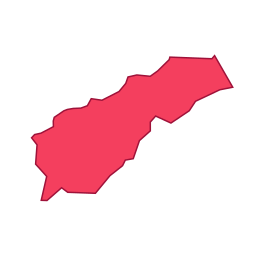 the district of Richmond, Virginia, United States of America, rotated 105°
{"feature_id": "52423323B34545641874308", "entity_name": "Richmond", "entity_type": "district", "adm_level": 2, "iso_a3": "USA", "parent_name": "United States of America", "parent_adm1": "Virginia", "projection": "orthographic", "projection_center": [-76.731, 37.958], "detail": "fine", "context": "isolated", "style": "filled", "palette": "rose", "viewbox_px": 256, "rotation_deg": 105, "n_neighbors": 0, "source": "geoboundaries", "source_scale": "gbopen_adm2", "svg_char_len": 688}
<svg xmlns="http://www.w3.org/2000/svg" viewBox="0 0 256 256"><g transform="rotate(105 128 128)"><path d="M35.7,63.1L39.4,64.9L48.7,105.9L51.3,105.9L65.2,114.1L72.3,119.9L74.5,133.2L78.7,141.2L85.5,141.7L95.1,146.1L107.9,160.3L109.2,171.1L117.0,173.0L121.0,178.7L123.3,186.0L125.8,191.4L128.0,194.4L136.8,202.0L140.6,202.0L146.0,200.4L155.5,210.7L158.5,216.5L162.4,218.6L167.8,211.5L186.8,207.9L195.8,194.0L220.3,193.1L219.0,187.5L202.9,176.7L205.7,169.6L199.5,142.6L178.7,133.1L165.8,123.5L159.7,122.3L156.3,115.0L137.2,113.7L125.0,105.7L116.5,108.0L109.3,104.4L112.1,87.8L95.5,73.3L84.7,69.7L67.3,49.2L61.5,37.4L35.7,63.1Z" fill="#f43f5e" stroke="#9f1239" stroke-width="1.5"/></g></svg>